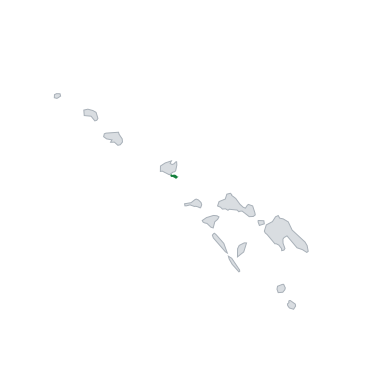 location of Nguna, Shefa, Vanuatu, rotated 151°
{"feature_id": "77236927B53678457839449", "entity_name": "Nguna", "entity_type": "district", "adm_level": 2, "iso_a3": "VUT", "parent_name": "Vanuatu", "parent_adm1": "Shefa", "projection": "orthographic", "projection_center": [168.363, -17.466], "detail": "fine", "context": "in_parent", "style": "filled", "palette": "green", "viewbox_px": 384, "rotation_deg": 151, "n_neighbors": 0, "source": "geoboundaries", "source_scale": "gbopen_adm2", "svg_char_len": 3370}
<svg xmlns="http://www.w3.org/2000/svg" viewBox="0 0 384 384"><g transform="rotate(151 192 192)"><path d="M127.2,92.3L130.2,107.6L133.6,107.5L135.3,106.7L137.2,103.1L138.1,97.5L139.8,96.6L142.0,97.2L141.1,99.0L141.8,103.5L143.5,106.0L144.6,106.5L146.9,118.3L147.8,120.7L147.7,122.7L143.0,127.2L136.0,127.1L131.0,129.8L128.0,129.6L128.0,126.6L125.3,124.3L122.3,119.2L122.9,110.2L117.4,93.5L117.3,89.3L119.1,83.8L120.9,83.5L123.4,88.1L127.2,92.3ZM157.4,151.0L159.5,152.0L160.6,152.0L161.3,154.3L167.7,158.8L169.4,158.6L170.9,161.1L173.7,162.3L174.4,164.8L176.4,167.4L173.0,170.5L166.3,169.7L162.6,173.2L159.1,172.3L158.5,170.5L159.0,169.9L156.9,165.2L156.0,158.0L154.6,153.8L153.1,152.0L150.0,153.6L148.7,153.8L145.7,150.4L147.1,143.3L147.8,141.3L150.3,140.9L153.9,142.7L157.4,151.0ZM242.5,283.2L240.5,285.4L238.7,285.2L227.3,279.9L227.8,277.8L227.3,272.3L228.6,269.4L231.8,268.1L234.2,268.8L235.7,273.2L239.1,275.0L236.7,276.4L240.9,279.8L242.5,283.2ZM203.5,218.1L207.9,224.7L209.7,225.3L207.0,230.0L201.4,230.4L194.9,229.2L197.3,227.6L196.1,225.7L194.1,225.4L191.8,226.2L190.8,225.9L192.2,222.9L195.9,218.6L196.9,218.2L197.9,218.2L198.9,218.6L203.5,218.1ZM196.9,162.1L191.8,162.6L184.6,161.1L181.7,159.1L180.5,157.1L182.9,155.6L186.5,154.9L190.9,150.3L192.5,152.0L194.1,157.2L195.9,158.8L196.9,160.3L196.9,162.1ZM249.2,311.1L246.9,316.1L242.9,314.9L239.2,311.3L237.3,308.1L238.6,302.0L240.5,300.9L242.5,301.3L243.5,307.2L249.2,311.1ZM193.1,145.1L192.4,145.1L191.6,143.0L189.1,131.6L190.7,121.5L191.8,123.6L195.6,141.5L195.1,144.4L193.1,145.1ZM203.6,182.6L204.9,183.3L204.2,185.3L198.0,183.1L193.1,183.9L191.8,183.8L190.3,182.0L189.2,178.5L189.7,176.1L191.8,174.3L192.5,174.1L194.1,176.2L195.5,177.6L196.9,178.2L200.0,181.7L203.6,182.6ZM179.6,120.3L176.6,122.4L171.0,122.2L169.0,121.0L175.8,114.5L183.7,113.2L179.6,120.3ZM164.8,65.8L162.9,68.1L157.8,67.4L156.6,66.8L156.9,62.9L158.2,61.5L161.2,60.3L165.4,62.2L164.8,65.8ZM160.4,49.4L159.7,49.9L158.7,49.5L156.0,43.9L156.7,42.0L160.0,40.2L163.0,43.3L163.3,45.1L163.3,46.5L162.8,47.8L160.8,48.3L160.4,49.4ZM192.0,115.3L191.3,118.2L189.4,114.8L188.2,100.8L188.7,99.5L189.7,99.4L191.9,109.2L192.0,115.3ZM266.7,341.2L265.1,343.8L262.8,343.7L259.8,341.9L260.4,339.6L263.8,339.3L264.8,339.4L266.7,341.2ZM148.7,133.8L147.9,135.0L143.1,132.0L144.2,129.1L149.3,130.1L148.7,133.8Z" fill="#d9dde1" stroke="#a8b0b8" stroke-width="1"/><path d="M198.3,213.4L198.3,213.5L198.5,213.7L198.5,213.8L198.5,214.0L198.7,214.3L198.8,214.3L198.8,214.5L199.0,214.7L199.0,214.8L199.3,215.0L199.5,215.1L199.7,215.3L199.8,215.3L200.0,215.3L200.3,215.4L200.5,215.4L200.8,215.4L201.0,215.2L200.9,215.1L200.8,214.9L200.7,214.7L200.6,214.4L200.4,214.3L200.4,214.2L200.2,214.0L200.2,213.9L200.1,213.7L199.9,213.5L199.9,213.4L199.8,213.2L199.7,213.2L199.5,212.9L199.5,212.7L199.4,212.4L199.3,212.2L199.2,212.1L198.9,212.1L198.7,212.1L198.5,212.3L198.4,212.3L198.3,212.5L198.2,212.5L198.3,212.6L198.3,212.8L198.2,212.9L198.1,213.0L198.2,213.3L198.3,213.4ZM201.6,216.3L201.8,216.3L202.0,216.3L202.0,216.2L202.2,216.3L202.3,216.3L202.3,216.2L202.3,215.9L202.2,215.8L202.1,215.7L201.9,215.6L201.7,215.5L201.7,215.4L201.4,215.3L201.2,215.4L201.1,215.5L201.3,215.7L201.4,215.8L201.5,215.9L201.5,216.0L201.6,216.3L201.6,216.3ZM201.5,217.1L201.8,217.0L201.9,216.9L201.7,216.8L201.6,217.0L201.5,217.1Z" fill="#22c55e" stroke="#15803d" stroke-width="1.5"/></g></svg>